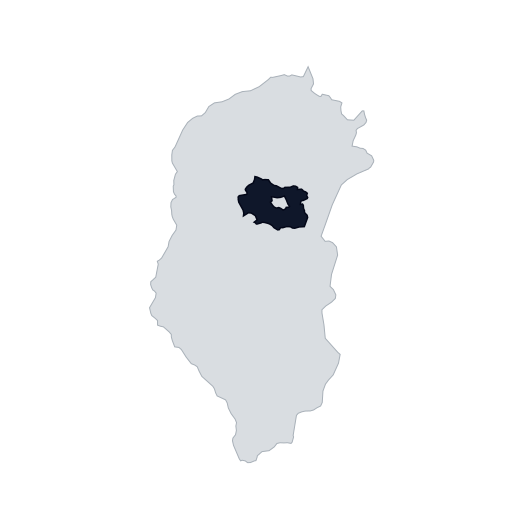 Hungary, with Fejér highlighted, rotated 113°
{"feature_id": "HUN-3162", "entity_name": "Fejér", "entity_type": "County", "adm_level": 1, "iso_a3": "HUN", "parent_name": "Hungary", "parent_adm1": "", "projection": "mercator", "projection_center": [18.516, 47.132], "detail": "fine", "context": "in_parent", "style": "filled", "palette": "ink", "viewbox_px": 512, "rotation_deg": 113, "n_neighbors": 0, "source": "natural_earth", "source_scale": "10m", "svg_char_len": 4092}
<svg xmlns="http://www.w3.org/2000/svg" viewBox="0 0 512 512"><g transform="rotate(113 256 256)"><path d="M407.9,150.7L413.3,150.0L413.5,150.1L414.8,150.5L415.7,154.5L415.9,154.7L417.2,157.4L418.5,160.9L420.4,163.5L424.6,164.6L430.1,167.9L433.7,174.0L439.1,176.6L439.5,176.7L440.5,176.4L444.4,176.1L445.2,177.4L448.3,180.4L449.5,183.0L448.8,185.8L449.4,188.9L450.6,190.1L449.2,192.2L439.1,202.7L435.2,205.5L432.6,206.1L428.5,205.0L424.2,205.9L420.4,208.1L417.0,208.8L414.3,211.5L410.9,217.2L406.7,222.1L402.5,225.1L400.3,227.8L400.0,237.1L397.7,239.7L394.5,242.4L392.8,244.8L388.0,258.8L384.3,263.3L380.9,266.8L380.3,269.9L380.4,273.5L376.4,280.7L371.3,288.1L370.3,291.2L371.4,295.3L366.5,300.0L363.6,302.3L361.3,303.3L359.8,306.3L357.4,313.5L358.0,316.7L358.1,319.6L353.9,321.4L352.7,324.6L351.6,328.6L349.9,330.4L345.2,333.8L333.6,332.3L329.2,333.4L327.9,335.8L327.6,337.7L326.1,339.5L323.5,341.8L320.8,342.8L314.7,340.0L301.7,342.8L299.4,344.8L297.6,343.4L294.8,342.1L281.8,340.5L276.6,341.7L269.7,341.2L263.4,339.8L258.6,341.0L254.4,346.6L252.4,348.5L250.7,349.7L247.1,351.5L244.1,353.6L240.1,355.1L236.6,354.9L233.2,352.5L232.0,353.0L230.9,355.2L229.1,357.1L224.0,359.5L222.8,359.4L222.5,359.4L218.6,361.2L212.2,362.1L209.0,361.4L203.2,369.2L201.4,370.6L195.9,373.0L191.4,374.2L187.5,373.2L186.0,373.1L168.7,372.7L159.8,371.1L154.0,368.1L150.1,364.7L148.3,360.9L143.8,358.7L136.8,357.8L131.3,354.1L127.3,347.5L122.0,342.2L115.3,338.3L110.0,332.8L106.1,325.7L99.0,319.3L88.8,313.6L85.7,312.3L85.1,310.5L80.1,303.4L78.0,300.8L78.1,297.2L77.1,295.2L75.3,293.8L74.4,288.7L73.8,284.9L72.4,282.5L61.4,282.0L70.6,272.8L75.1,270.3L80.4,270.7L82.1,269.9L82.5,268.6L83.4,265.6L83.9,262.8L84.3,260.1L83.8,258.6L81.2,258.2L80.0,251.6L81.3,249.2L82.6,247.4L81.0,239.5L81.5,236.7L85.6,236.3L89.0,234.6L91.8,232.7L92.6,230.2L94.9,225.1L92.8,219.0L80.9,214.9L80.3,213.4L83.0,211.6L86.0,209.1L87.7,207.2L90.0,206.9L93.2,207.9L99.0,212.4L101.2,213.0L103.3,211.7L105.6,211.4L111.9,211.6L117.3,210.5L116.1,205.8L116.1,202.3L115.2,199.5L115.7,196.4L117.9,194.0L118.6,188.7L121.9,185.0L123.5,184.5L129.4,185.2L130.7,186.1L131.7,186.3L141.0,195.2L149.9,201.8L157.2,205.2L167.8,205.5L179.2,205.8L198.1,204.6L212.4,203.8L213.3,202.1L215.5,198.1L213.7,194.7L213.8,190.7L216.2,185.5L223.3,181.2L243.4,179.3L255.0,176.0L256.7,171.6L260.6,167.3L264.1,166.4L268.9,168.4L274.7,172.2L279.7,174.3L282.7,173.0L292.9,166.5L304.7,160.1L312.8,142.9L313.7,140.1L322.4,138.2L335.3,138.5L341.8,140.8L346.8,142.0L354.2,141.6L364.9,137.8L368.8,137.9L371.9,140.6L375.2,142.8L377.5,145.6L379.2,149.5L380.1,151.0L381.6,153.0L384.3,155.7L386.9,156.5L406.7,151.7L407.9,150.7Z" fill="#d9dde1" stroke="#a8b0b8" stroke-width="1"/><path d="M181.0,274.4L183.2,271.0L184.0,266.9L183.4,264.7L183.9,259.2L183.1,257.1L181.5,256.2L179.4,251.4L176.9,249.0L176.3,246.8L176.6,244.5L178.6,243.9L176.7,240.2L177.1,238.8L177.7,237.8L177.6,235.3L178.2,233.3L179.5,233.2L180.9,232.8L181.9,231.3L183.1,231.3L186.4,234.2L187.2,235.5L188.2,236.1L191.2,235.3L190.7,234.3L190.0,233.5L190.8,232.3L193.7,230.8L195.3,229.1L196.4,228.7L197.3,227.8L198.5,224.9L200.4,223.5L210.1,223.0L212.4,227.6L215.3,231.2L216.0,233.4L215.6,235.8L217.1,239.5L217.8,240.4L219.5,242.4L219.9,243.6L220.6,244.6L222.6,244.8L223.5,246.2L222.9,250.5L221.7,252.9L221.4,254.5L221.2,256.2L221.3,257.9L221.8,261.2L222.3,262.9L222.6,263.6L223.5,264.2L226.3,267.7L226.3,268.5L226.0,269.0L225.7,269.5L225.6,270.0L225.6,270.9L222.3,269.1L219.1,272.4L218.3,277.1L219.2,279.9L224.0,283.2L221.3,284.0L218.8,285.8L213.2,292.9L210.8,294.5L209.7,294.9L208.7,295.5L207.0,295.0L202.9,288.6L201.8,288.7L200.6,289.5L199.9,290.9L199.2,291.7L198.5,291.9L196.1,291.4L193.7,290.3L189.7,287.0L189.2,287.2L186.3,287.2L183.3,288.0L182.9,285.7L183.0,280.9L183.2,280.4L183.4,279.8L182.2,277.7L181.0,274.4ZM199.4,247.2L198.3,244.9L197.1,244.6L195.7,246.9L192.5,250.0L189.7,253.3L192.4,256.3L194.1,259.3L194.8,262.5L195.4,264.9L198.9,262.8L200.8,263.8L202.9,260.5L203.9,258.2L203.9,255.8L202.5,254.0L202.5,251.9L203.1,248.9L201.0,247.2L199.4,247.2Z" fill="#0f172a" stroke="#020617" stroke-width="1.5"/></g></svg>